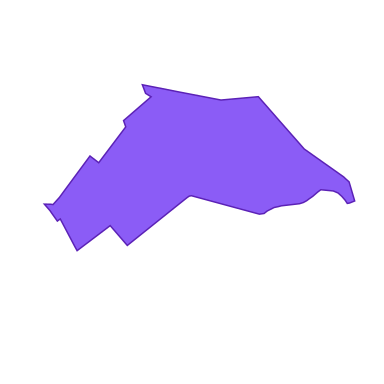 Ipiranga do Piauí, Piauí, Brazil, rotated 139°
{"feature_id": "56859067B98502707297954", "entity_name": "Ipiranga do Piauí", "entity_type": "district", "adm_level": 2, "iso_a3": "BRA", "parent_name": "Brazil", "parent_adm1": "Piauí", "projection": "mercator", "projection_center": [-41.792, -6.793], "detail": "fine", "context": "isolated", "style": "filled", "palette": "violet", "viewbox_px": 384, "rotation_deg": 139, "n_neighbors": 0, "source": "geoboundaries", "source_scale": "gbopen_adm2", "svg_char_len": 797}
<svg xmlns="http://www.w3.org/2000/svg" viewBox="0 0 384 384"><g transform="rotate(139 192 192)"><path d="M311.4,279.7L311.4,271.1L311.7,268.6L312.7,258.4L309.1,258.1L316.3,227.4L317.2,223.1L275.8,220.3L275.9,194.1L216.4,191.7L199.5,191.0L196.8,190.7L194.9,189.6L155.7,131.1L151.7,128.5L147.6,128.3L140.1,126.4L136.4,124.3L133.7,123.0L118.5,112.6L114.8,111.0L111.2,110.2L108.2,110.0L103.7,109.5L97.3,109.5L93.3,109.2L84.7,100.1L82.4,95.4L81.8,90.4L81.8,85.3L82.3,81.5L80.3,80.3L75.1,78.5L66.8,96.6L67.4,101.3L67.6,103.7L79.1,150.8L79.3,189.9L79.4,220.4L109.8,242.4L136.4,276.3L159.1,305.5L162.3,296.9L160.4,290.7L164.0,290.7L196.8,290.8L199.3,284.6L243.2,275.3L245.4,286.1L285.8,277.1L295.5,274.9L305.1,273.7L306.6,275.4L311.4,279.7Z" fill="#8b5cf6" stroke="#5b21b6" stroke-width="1.5"/></g></svg>